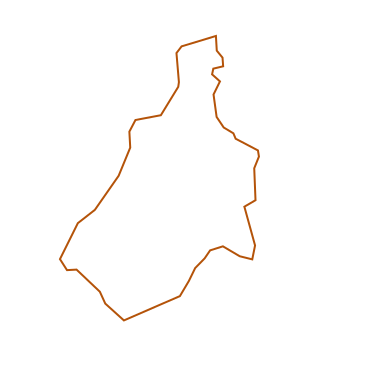 Gaya, Dosso, Niger (Natural Earth projection), rotated 212°
{"feature_id": "23599985B94426243670688", "entity_name": "Gaya", "entity_type": "district", "adm_level": 2, "iso_a3": "NER", "parent_name": "Niger", "parent_adm1": "Dosso", "projection": "natural_earth1", "projection_center": [3.47, 12.051], "detail": "fine", "context": "isolated", "style": "outline", "palette": "amber", "viewbox_px": 384, "rotation_deg": 212, "n_neighbors": 0, "source": "geoboundaries", "source_scale": "gbopen_adm2", "svg_char_len": 698}
<svg xmlns="http://www.w3.org/2000/svg" viewBox="0 0 384 384"><g transform="rotate(212 192 192)"><path d="M105.2,166.8L110.2,180.1L139.8,207.3L133.8,218.7L151.8,245.1L154.0,257.5L158.1,262.2L183.2,260.3L188.0,263.7L199.3,263.5L210.9,268.7L225.4,286.1L226.9,300.6L237.3,302.4L239.3,307.9L232.2,315.1L237.3,322.1L245.9,325.0L254.4,337.0L278.0,310.0L278.8,301.6L261.3,278.2L259.4,273.9L259.1,240.6L278.1,223.1L277.1,210.0L267.9,196.9L262.8,166.9L264.9,125.4L272.3,105.1L268.4,65.1L256.6,59.5L248.8,65.0L217.3,58.6L206.4,51.4L181.7,47.0L162.1,75.5L147.1,97.3L147.5,114.9L149.0,129.2L146.1,142.4L145.7,152.1L137.0,162.3L117.5,162.8L105.2,166.8Z" fill="none" stroke="#b45309" stroke-width="2"/></g></svg>